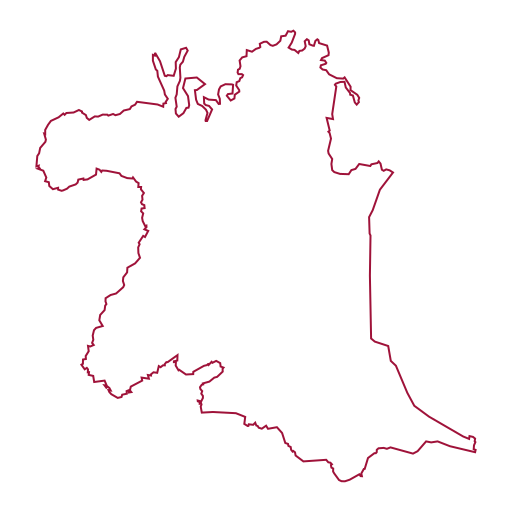 outline of Contepec, Michoacán, Mexico
{"feature_id": "50627088B15028424096035", "entity_name": "Contepec", "entity_type": "district", "adm_level": 2, "iso_a3": "MEX", "parent_name": "Mexico", "parent_adm1": "Michoacán", "projection": "natural_earth1", "projection_center": [-100.227, 19.961], "detail": "fine", "context": "isolated", "style": "outline", "palette": "rose", "viewbox_px": 512, "rotation_deg": 0, "n_neighbors": 0, "source": "geoboundaries", "source_scale": "gbopen_adm2", "svg_char_len": 5918}
<svg xmlns="http://www.w3.org/2000/svg" viewBox="0 0 512 512"><path d="M431.2,442.4L437.6,441.4L449.9,446.2L475.1,452.2L475.6,449.9L473.7,449.2L474.0,445.3L475.4,442.1L474.7,441.3L475.1,438.6L473.0,436.9L469.5,436.1L469.1,438.9L463.2,436.5L429.1,416.7L414.3,405.8L407.3,392.8L395.9,365.7L390.8,360.9L388.2,346.0L374.8,341.6L371.1,338.5L369.9,275.7L370.5,235.5L369.6,233.5L369.1,217.1L372.7,210.2L379.9,189.7L393.0,172.5L389.6,170.3L386.2,169.4L383.7,170.8L381.9,169.7L380.5,163.6L378.7,161.4L377.5,163.0L371.4,164.3L370.3,166.0L359.2,164.0L355.5,168.9L351.4,170.1L348.7,174.2L340.0,173.9L334.3,172.1L332.2,170.1L331.4,164.0L332.2,159.0L328.6,153.5L328.1,150.8L331.0,138.6L329.6,133.0L328.4,131.7L329.7,130.6L326.6,117.9L333.0,119.1L332.2,114.1L336.3,86.5L334.9,84.8L335.7,83.7L340.3,82.0L344.5,81.8L345.8,87.5L350.1,93.1L350.2,94.7L352.9,95.5L354.8,102.4L356.7,104.6L358.9,102.1L358.4,100.5L359.2,97.9L357.3,94.8L350.5,90.1L350.6,86.7L344.6,77.4L343.2,78.6L336.8,78.2L329.1,74.3L326.2,70.2L322.6,69.5L320.4,67.5L320.9,65.3L325.7,63.8L326.3,62.9L324.8,60.6L321.0,60.1L322.0,58.1L328.5,55.2L328.8,52.7L327.1,45.6L319.1,43.1L318.3,40.0L317.3,39.3L315.4,40.9L313.9,45.8L312.7,45.6L309.4,44.3L308.7,40.4L306.9,39.2L304.7,41.3L305.7,46.2L304.6,48.6L302.2,50.5L299.4,50.9L298.3,53.0L294.5,49.9L291.9,49.6L288.6,47.6L291.7,42.7L295.1,33.9L295.1,32.4L293.4,30.7L291.2,31.8L288.0,31.2L285.6,35.7L281.2,36.3L280.3,40.8L276.5,44.4L272.8,45.8L270.5,45.1L266.7,41.7L264.0,41.8L259.8,43.8L260.3,47.0L259.3,47.8L255.9,48.9L252.0,51.7L246.8,50.1L246.5,56.2L242.2,57.4L239.6,60.5L240.5,66.2L239.7,68.8L238.0,69.7L237.6,72.5L238.4,74.1L241.8,74.1L243.1,75.1L242.1,77.3L240.3,78.2L239.3,81.1L236.7,82.2L236.2,85.5L239.2,90.1L239.3,91.6L234.8,94.7L234.4,98.5L230.7,100.5L226.8,95.7L227.9,94.1L232.5,93.5L233.1,84.8L231.8,84.4L225.4,84.2L220.7,86.4L219.0,89.4L218.1,94.4L219.8,98.8L220.0,103.8L218.7,104.0L215.9,100.1L208.7,99.6L203.9,97.2L204.2,103.6L205.8,105.1L209.0,105.9L212.1,109.4L207.1,121.0L205.7,121.0L205.5,120.2L207.5,112.9L206.0,109.7L202.2,106.0L197.8,103.9L196.1,99.7L194.9,90.2L196.9,90.0L205.0,84.1L196.8,77.5L185.4,78.5L183.0,88.1L188.0,96.1L189.2,105.2L188.5,107.7L186.4,107.9L183.4,113.2L178.7,116.7L175.9,113.5L175.5,109.0L176.7,106.7L175.4,97.8L176.7,94.4L177.4,86.4L179.9,80.9L180.4,77.8L179.8,67.4L180.3,64.7L182.9,61.7L184.3,56.8L187.7,50.6L186.1,47.8L180.8,49.4L178.9,57.2L175.7,62.1L175.9,68.6L173.7,75.8L167.7,75.1L166.4,76.2L164.8,75.8L160.0,61.2L155.5,53.5L154.9,53.6L154.8,55.6L152.9,54.9L152.9,60.7L155.8,69.4L157.3,70.8L157.9,76.6L164.2,90.6L164.9,94.5L167.8,98.8L165.7,101.9L166.0,103.1L163.4,103.6L163.2,106.7L157.6,104.5L137.0,101.8L135.1,104.7L131.5,106.4L129.8,109.1L123.8,110.5L119.9,114.0L115.4,115.2L113.1,114.0L108.3,115.6L107.4,114.7L102.7,114.6L98.1,116.6L94.8,116.4L89.2,119.9L86.8,117.9L85.9,115.1L82.0,112.6L82.0,111.5L78.9,110.0L73.6,112.5L66.4,113.0L64.6,114.8L63.3,113.5L58.6,117.3L50.9,120.9L48.1,124.7L45.2,129.9L45.2,134.1L44.2,133.7L45.9,139.6L45.4,141.8L40.2,147.9L39.1,153.3L37.3,156.0L36.4,166.4L38.7,165.7L38.4,166.8L39.5,168.1L37.9,168.7L43.3,170.7L46.3,177.5L45.1,181.2L48.8,182.2L49.3,186.0L52.9,189.2L58.1,187.8L58.1,189.6L61.6,190.8L63.1,190.4L67.0,188.7L69.3,186.6L75.7,184.4L77.6,182.6L78.3,179.6L83.4,178.5L83.6,179.9L87.5,179.4L96.0,174.6L96.6,168.6L99.5,169.7L101.3,171.9L102.2,170.5L106.7,170.8L119.5,173.3L121.4,175.9L127.2,178.1L132.4,178.5L133.0,177.4L136.1,181.6L138.6,183.1L138.3,187.0L141.1,187.0L140.9,189.3L143.9,193.0L142.1,195.8L142.5,199.7L141.0,202.3L142.0,204.2L144.3,205.1L144.6,208.1L141.6,208.5L141.1,211.3L143.2,213.4L142.1,217.8L142.7,221.1L145.2,226.1L146.4,225.6L146.5,227.1L144.4,229.3L148.2,230.9L145.0,237.0L143.2,235.9L138.7,242.7L139.6,244.2L138.2,247.4L138.4,253.1L140.0,257.8L135.1,263.4L127.4,267.7L127.1,272.4L123.3,277.3L122.9,281.0L124.2,285.0L123.2,287.2L116.1,293.5L110.6,295.0L105.6,298.2L105.5,301.4L106.4,304.1L105.2,305.6L104.6,310.1L100.2,314.9L99.3,320.3L102.7,326.0L96.1,327.9L94.0,330.2L92.7,335.6L93.3,339.8L92.1,342.9L93.7,345.0L90.2,346.5L88.0,345.9L88.7,351.2L85.7,356.0L85.9,359.0L83.0,359.5L82.9,363.8L81.4,364.7L84.7,369.3L86.8,367.9L88.0,369.4L87.8,372.3L89.0,372.2L88.7,374.9L93.2,375.9L94.2,382.0L104.6,380.6L106.7,385.6L104.5,385.3L106.3,387.7L107.5,386.5L109.4,388.0L110.7,390.5L108.5,390.1L109.3,392.0L111.3,394.2L117.7,397.9L121.5,397.0L122.2,394.7L126.8,393.7L126.6,391.1L128.8,390.2L128.9,392.5L131.3,392.1L129.9,390.3L130.8,386.6L142.2,380.6L141.6,377.6L148.9,378.7L147.9,375.0L151.0,375.5L150.9,374.4L153.5,372.3L157.2,372.8L158.8,366.1L160.6,367.2L163.0,365.3L164.8,365.3L164.7,364.2L166.4,362.1L167.7,362.1L177.5,355.1L177.3,360.5L173.9,361.3L173.9,362.1L175.9,361.9L175.7,365.6L178.5,370.3L179.2,369.8L186.0,374.5L193.2,374.1L193.3,371.8L204.0,365.8L206.9,365.1L208.0,364.3L207.9,363.3L208.7,364.9L211.6,361.8L212.4,362.8L216.2,360.9L220.2,363.1L220.6,366.5L223.5,367.6L222.6,368.7L222.7,371.6L217.1,376.9L214.3,377.6L209.4,381.6L202.9,383.4L203.2,384.4L201.7,384.8L200.0,387.2L200.4,389.1L202.2,391.1L201.3,393.7L202.9,395.9L202.9,398.0L201.2,401.4L197.7,400.5L197.8,401.3L199.7,402.1L199.7,403.7L201.1,403.3L201.5,404.5L200.7,406.6L201.8,412.6L212.9,412.0L235.9,413.2L245.2,416.9L244.3,423.9L247.7,426.0L248.4,425.9L248.8,424.3L253.2,424.8L255.2,422.7L256.3,425.5L257.7,426.0L258.7,427.7L261.8,428.7L266.1,425.7L268.0,428.8L276.9,427.2L282.1,433.0L285.3,443.0L288.0,443.9L288.4,445.9L290.7,447.0L291.1,449.7L292.6,451.6L293.3,451.0L295.0,452.3L295.6,455.5L303.4,461.4L326.2,459.8L328.3,462.3L330.4,462.7L331.9,464.3L330.9,465.0L331.4,467.6L333.2,468.5L333.1,471.5L334.2,473.4L339.0,480.0L341.5,481.2L344.9,481.3L349.7,479.7L359.3,474.3L360.6,476.1L361.9,476.2L361.3,473.5L363.8,469.0L364.7,468.9L368.0,458.0L374.4,453.2L375.8,453.2L376.7,452.2L376.8,449.8L378.5,448.3L383.7,447.9L386.9,448.8L390.5,447.4L413.0,453.6L417.6,451.2L426.1,441.4L431.2,442.4Z" fill="none" stroke="#9f1239" stroke-width="2"/></svg>